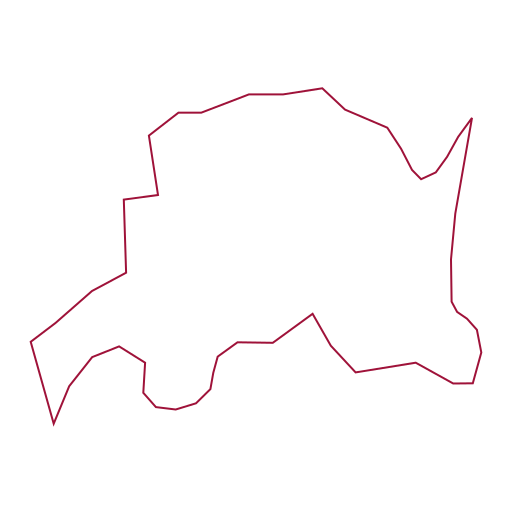 SVG path tracing the border of Jomala
{"feature_id": "ALD-4810", "entity_name": "Jomala", "entity_type": "state/province", "adm_level": 1, "iso_a3": "ALA", "parent_name": "Aland", "parent_adm1": "", "projection": "mercator", "projection_center": [19.918, 60.13], "detail": "fine", "context": "isolated", "style": "outline", "palette": "rose", "viewbox_px": 512, "rotation_deg": 0, "n_neighbors": 0, "source": "natural_earth", "source_scale": "10m", "svg_char_len": 706}
<svg xmlns="http://www.w3.org/2000/svg" viewBox="0 0 512 512"><path d="M272.8,342.8L237.5,342.3L217.7,356.6L213.3,372.7L210.4,389.1L196.0,403.3L175.7,409.5L155.9,407.1L143.3,392.8L145.1,362.7L119.1,346.4L92.2,357.1L69.2,386.2L53.7,423.7L30.7,341.8L55.6,322.9L92.0,291.0L126.1,272.7L123.8,199.6L158.0,195.0L148.9,135.6L178.4,112.7L201.2,112.7L248.9,94.4L283.1,94.4L322.3,88.3L345.0,109.6L387.3,127.7L401.1,148.8L412.0,169.9L421.1,179.2L435.8,172.4L447.1,156.8L458.2,136.8L472.0,117.9L455.3,213.5L451.0,259.4L451.6,301.7L457.1,311.9L467.0,318.7L476.9,329.8L481.3,352.5L472.8,383.3L453.2,383.5L415.7,362.7L355.6,372.4L330.8,345.7L312.6,313.8L272.8,342.8Z" fill="none" stroke="#9f1239" stroke-width="2"/></svg>